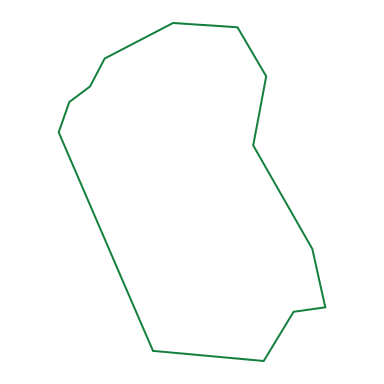 outline of Panyijiar, Unity, South Sudan
{"feature_id": "79223893B83393378605380", "entity_name": "Panyijiar", "entity_type": "district", "adm_level": 2, "iso_a3": "SSD", "parent_name": "South Sudan", "parent_adm1": "Unity", "projection": "albers", "projection_center": [30.377, 7.529], "detail": "fine", "context": "isolated", "style": "outline", "palette": "green", "viewbox_px": 384, "rotation_deg": 0, "n_neighbors": 0, "source": "geoboundaries", "source_scale": "gbopen_adm2", "svg_char_len": 359}
<svg xmlns="http://www.w3.org/2000/svg" viewBox="0 0 384 384"><path d="M203.7,355.5L263.7,361.0L293.6,311.8L325.3,307.3L319.5,281.3L312.3,248.9L253.2,145.4L256.6,127.4L259.2,113.8L266.2,76.3L237.5,27.3L173.0,23.0L104.7,58.5L90.0,86.5L69.3,102.0L58.7,132.3L121.2,277.3L149.9,343.7L153.0,350.9L203.7,355.5Z" fill="none" stroke="#15803d" stroke-width="2"/></svg>